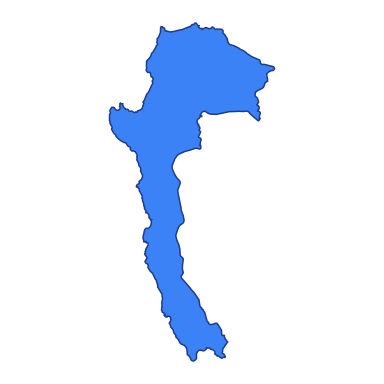 the district of Majene, Sulawesi Barat, Indonesia
{"feature_id": "22746128B56869239776422", "entity_name": "Majene", "entity_type": "district", "adm_level": 2, "iso_a3": "IDN", "parent_name": "Indonesia", "parent_adm1": "Sulawesi Barat", "projection": "mercator", "projection_center": [118.905, -3.243], "detail": "fine", "context": "isolated", "style": "filled", "palette": "blue", "viewbox_px": 384, "rotation_deg": 0, "n_neighbors": 0, "source": "geoboundaries", "source_scale": "gbopen_adm2", "svg_char_len": 6016}
<svg xmlns="http://www.w3.org/2000/svg" viewBox="0 0 384 384"><path d="M238.7,48.0L233.6,45.6L229.7,44.5L228.6,43.5L227.7,41.3L227.3,39.0L225.0,35.0L222.9,32.8L223.1,30.7L221.7,29.3L216.6,29.0L215.8,29.5L215.1,29.4L214.3,28.2L212.8,27.0L211.7,27.4L211.2,28.3L208.7,28.8L207.8,28.1L205.6,27.5L202.3,29.4L201.9,28.4L200.4,28.5L198.8,27.5L198.4,26.5L198.9,26.4L199.1,25.7L197.8,25.6L196.4,23.3L195.6,23.0L194.8,23.1L193.7,24.5L192.6,24.7L192.2,24.5L190.1,26.7L189.8,26.5L181.9,29.7L179.1,30.1L173.6,31.5L169.9,32.0L167.7,31.2L167.1,31.4L166.5,30.9L165.7,31.0L165.0,30.8L164.7,28.6L163.9,27.8L163.1,27.7L162.5,26.8L162.1,27.0L161.4,26.7L160.8,27.0L160.6,27.7L160.4,32.6L158.3,37.7L157.4,38.3L157.1,39.0L157.2,41.0L156.8,42.4L157.6,43.9L157.4,44.5L156.3,45.8L155.7,47.5L152.6,52.6L151.6,53.2L151.0,55.6L149.6,57.9L147.3,60.3L146.6,61.5L146.4,66.5L146.8,68.0L146.3,69.0L146.2,70.6L147.7,72.5L148.5,72.2L150.0,72.6L150.6,74.0L151.1,76.8L152.2,77.1L152.9,77.9L153.1,79.5L152.1,81.1L152.9,83.1L151.6,85.4L148.4,92.5L146.7,94.2L144.5,99.9L143.2,101.8L143.1,102.5L143.8,103.2L142.1,108.7L140.3,109.9L137.5,111.0L136.9,112.3L135.7,111.9L135.1,112.4L134.3,112.6L131.8,111.1L130.0,111.3L129.4,111.1L128.8,110.7L128.2,109.6L127.1,109.2L126.0,109.4L125.4,109.1L125.2,108.5L124.0,107.8L122.8,105.1L122.7,103.7L121.1,103.7L120.4,103.1L119.8,103.8L120.0,105.5L119.6,106.6L120.1,107.1L120.1,108.5L118.8,109.9L117.7,110.3L116.5,110.2L115.0,109.0L114.4,107.7L113.2,107.5L112.9,107.2L111.6,107.5L110.1,109.9L110.0,111.4L110.5,112.8L109.5,114.6L109.5,120.5L110.0,121.7L109.9,122.3L110.1,123.5L111.9,126.7L112.2,128.0L111.6,128.7L111.6,129.2L112.4,131.0L114.2,133.7L115.9,135.1L116.0,136.4L118.8,139.2L121.2,141.0L124.0,142.5L125.8,142.9L127.7,145.8L128.3,146.4L130.1,147.0L130.4,147.4L130.2,149.2L131.3,150.5L132.1,151.1L133.4,150.8L135.4,151.9L137.0,154.7L137.3,156.0L136.8,156.6L137.1,158.2L136.8,159.8L138.3,162.6L139.1,165.9L140.5,167.6L140.9,170.1L140.5,170.8L142.4,175.0L142.5,176.9L141.3,179.9L140.3,180.3L139.3,181.2L139.1,181.5L139.3,183.2L137.4,184.5L136.7,185.3L136.4,186.5L136.5,187.0L137.6,186.8L137.8,187.6L139.2,188.7L139.2,190.2L139.5,191.1L142.3,196.1L141.9,198.3L142.5,199.1L142.6,201.0L143.7,203.7L143.9,206.1L144.6,206.7L144.4,208.2L145.0,209.8L145.5,210.0L146.1,210.8L145.7,212.6L147.4,213.0L148.1,213.8L149.0,215.5L148.9,217.6L149.4,217.8L149.7,218.7L151.3,219.6L150.8,219.7L151.4,222.2L150.9,225.1L150.1,226.7L148.5,228.3L146.1,228.3L144.9,229.4L144.1,231.7L144.0,233.0L143.2,235.8L143.1,238.5L143.8,240.5L143.6,241.5L143.9,241.9L146.2,241.6L146.5,242.2L146.1,242.6L146.3,242.8L147.6,242.9L148.2,244.0L148.2,245.0L147.3,246.2L147.3,247.1L146.3,248.0L145.7,249.8L145.6,251.2L145.1,251.5L145.4,253.5L145.3,253.8L144.8,253.8L144.7,254.1L145.7,255.8L146.6,256.5L146.9,258.4L145.0,261.4L145.9,263.2L147.6,264.0L148.3,265.5L147.9,266.9L148.0,267.7L150.2,271.2L152.6,273.4L155.0,278.6L156.2,280.1L157.7,285.5L157.7,287.1L162.0,294.1L162.1,296.3L162.6,298.1L161.8,302.4L162.0,305.8L161.5,310.0L162.2,311.3L162.2,312.1L163.7,312.7L164.2,313.9L165.1,314.3L165.1,315.5L164.4,315.5L165.5,316.8L167.0,317.1L167.4,316.7L167.4,316.3L167.9,316.1L169.4,316.4L170.1,317.0L170.7,318.0L170.9,319.6L170.6,321.1L169.8,322.1L169.3,323.4L169.8,323.7L170.9,327.2L173.1,329.7L173.9,333.0L174.5,333.4L175.7,335.4L176.0,336.2L175.8,336.6L176.4,337.7L176.7,337.7L178.2,339.4L179.8,342.6L181.0,343.9L184.4,345.4L185.4,346.5L186.3,347.9L187.0,349.9L187.3,354.7L188.4,355.4L190.0,357.2L191.3,360.3L192.9,361.0L193.9,360.9L195.1,360.2L196.3,358.9L196.6,357.8L196.4,356.2L196.6,355.2L196.3,354.4L197.6,351.4L199.0,350.3L201.5,350.3L202.9,350.9L204.5,350.6L206.2,349.1L206.3,348.0L207.0,347.8L207.2,348.2L208.1,347.9L209.1,348.0L210.0,348.4L210.6,349.2L213.4,350.1L214.6,351.3L215.1,352.4L215.1,353.3L214.7,353.9L216.8,355.4L217.0,355.9L217.6,356.1L218.6,356.0L219.5,356.5L219.8,357.2L221.4,358.1L221.9,358.2L223.6,357.3L225.0,357.4L225.3,356.6L224.7,355.3L223.7,353.9L222.3,353.2L222.2,352.2L222.7,351.0L222.6,349.9L223.0,348.7L227.7,341.8L226.5,340.9L225.9,339.6L225.3,339.0L224.2,336.1L224.4,335.6L224.0,335.3L222.4,335.5L222.0,335.1L221.6,333.1L221.5,330.2L218.2,324.9L216.9,323.3L215.3,323.3L213.1,324.2L210.9,324.5L209.2,324.2L208.5,323.3L208.5,322.2L207.2,321.5L204.8,312.6L203.7,311.1L203.2,309.8L202.5,309.2L201.8,309.0L201.7,308.0L200.2,306.7L199.6,304.6L199.0,299.8L194.0,292.5L191.5,289.9L190.0,287.8L181.3,277.8L181.1,276.4L183.3,272.8L182.4,269.0L182.5,265.5L183.2,259.8L183.1,258.4L180.7,256.1L180.2,255.0L179.8,249.1L179.1,245.6L176.7,239.7L175.8,235.7L176.2,233.8L178.4,227.5L179.8,225.4L183.5,222.7L184.1,220.2L183.2,215.6L181.2,210.2L181.0,207.8L177.9,192.3L177.7,190.1L180.1,183.7L180.0,181.3L176.5,177.5L174.5,174.0L172.2,168.7L172.1,166.5L172.6,164.5L174.9,158.7L177.3,155.4L178.8,154.2L185.3,151.3L189.2,150.4L195.6,148.2L198.5,148.6L199.4,149.1L200.7,148.6L200.8,146.7L200.4,146.2L200.7,145.4L199.7,145.0L200.1,144.3L200.4,142.0L201.1,140.3L201.1,139.4L200.7,138.3L198.7,137.4L198.5,136.9L200.6,132.0L199.0,129.8L199.9,128.7L199.7,127.1L199.1,126.9L199.0,125.9L198.2,125.3L198.6,124.5L197.8,124.0L196.9,121.3L197.7,119.1L199.1,118.4L200.3,116.6L201.4,116.6L201.8,116.4L201.7,115.9L200.5,115.6L200.1,114.9L201.2,113.8L201.8,112.4L203.5,111.3L205.2,111.4L208.3,113.4L210.6,114.1L216.4,114.4L229.1,111.7L239.2,111.3L243.6,111.5L245.9,111.1L247.6,111.4L248.8,111.9L249.6,113.3L258.1,120.8L259.4,120.0L259.4,119.3L260.2,118.7L260.0,118.3L259.3,118.3L259.3,117.5L259.7,114.7L260.3,113.9L260.2,112.8L259.9,112.0L258.5,111.0L257.6,111.1L257.6,110.7L258.7,109.5L259.2,108.3L259.1,107.0L258.0,105.6L257.6,105.6L257.6,105.2L256.9,104.9L258.6,102.0L258.4,101.0L257.4,98.2L255.0,95.8L255.3,92.3L256.8,91.4L257.1,90.7L262.1,88.5L263.6,87.1L265.2,82.7L267.6,81.2L267.5,79.0L266.7,75.0L267.1,73.3L268.6,71.9L271.1,70.7L273.1,70.5L274.2,69.5L274.5,68.6L273.6,66.7L263.9,64.3L262.5,64.6L260.5,63.6L260.3,61.4L259.5,60.0L251.6,56.6L246.8,53.4L246.1,52.5L242.7,50.3L239.6,48.9L238.7,48.0Z" fill="#3b82f6" stroke="#1e3a8a" stroke-width="1.5"/></svg>